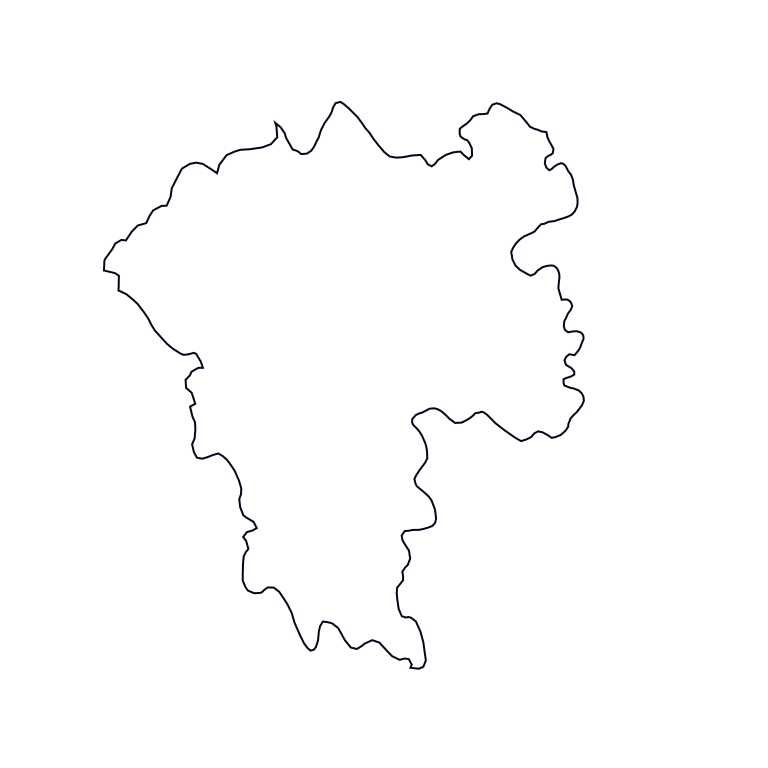 Horki, Mogilev, Belarus (Equal Earth projection), rotated 254°
{"feature_id": "67162791B10713618148259", "entity_name": "Horki", "entity_type": "district", "adm_level": 2, "iso_a3": "BLR", "parent_name": "Belarus", "parent_adm1": "Mogilev", "projection": "equal_earth", "projection_center": [30.973, 54.207], "detail": "fine", "context": "isolated", "style": "outline", "palette": "ink", "viewbox_px": 768, "rotation_deg": 254, "n_neighbors": 0, "source": "geoboundaries", "source_scale": "gbopen_adm2", "svg_char_len": 5254}
<svg xmlns="http://www.w3.org/2000/svg" viewBox="0 0 768 768"><g transform="rotate(254 384 384)"><path d="M665.0,351.5L661.1,351.6L650.6,349.4L645.7,341.4L645.0,332.0L646.8,319.0L648.7,310.6L648.6,304.8L647.4,295.8L640.0,286.0L632.6,281.6L637.5,277.6L645.5,270.5L648.5,264.7L649.1,258.0L646.7,249.1L639.3,242.0L630.7,234.0L622.7,230.4L615.3,224.2L616.5,219.3L614.6,210.0L610.3,205.1L604.2,199.8L604.2,190.9L599.9,183.4L593.1,175.4L594.9,171.4L593.1,164.3L588.8,160.3L580.8,150.1L579.5,149.2L570.3,146.1L564.8,155.9L561.2,159.0L549.5,155.4L547.1,154.5L545.8,156.1L541.3,161.1L534.4,165.9L528.9,169.2L519.0,173.1L511.9,175.4L504.5,176.8L498.6,178.5L492.3,181.6L482.5,186.4L476.2,190.7L469.1,197.0L467.2,199.5L466.4,204.6L466.4,209.7L464.8,211.7L456.2,214.0L449.5,214.4L450.7,210.0L448.9,202.4L445.8,199.8L442.7,194.4L434.8,192.7L428.6,196.7L418.8,197.1L417.0,197.1L415.7,191.3L405.3,190.9L399.2,191.8L391.8,190.0L383.8,186.9L378.9,182.9L370.9,182.5L364.8,183.8L362.3,188.7L362.3,193.6L362.9,200.2L362.9,205.5L359.2,209.1L354.3,212.2L347.0,214.9L341.4,216.6L331.0,218.0L323.0,218.0L317.5,216.2L313.2,213.1L305.2,211.8L296.6,212.6L293.5,214.9L287.4,220.6L280.6,222.0L279.4,217.1L279.4,211.3L275.7,206.4L271.4,208.2L262.9,208.2L262.3,207.4L260.4,204.7L256.7,201.5L250.0,198.9L241.4,196.2L234.0,194.0L226.7,194.9L223.0,196.2L218.7,201.5L217.4,206.9L217.4,209.1L219.3,212.6L220.5,216.2L218.6,222.0L213.1,226.0L205.1,228.6L199.0,230.4L189.1,232.2L179.3,232.2L165.8,234.0L156.6,235.7L151.7,237.5L148.0,239.8L147.9,243.3L149.8,246.0L155.9,250.0L163.9,253.1L168.8,255.8L172.5,259.8L170.6,264.2L168.2,268.2L162.0,272.7L148.5,275.8L139.9,279.4L136.8,284.7L138.0,289.6L139.8,294.1L141.0,302.1L136.7,308.3L126.9,313.2L120.1,316.8L114.5,323.1L114.5,328.0L112.7,332.0L106.5,333.3L103.9,331.2L100.7,339.0L101.3,343.8L106.6,348.0L118.5,349.7L124.7,350.6L136.0,350.8L146.9,349.2L151.8,345.7L153.3,343.2L153.5,340.6L155.9,337.1L163.8,336.1L172.5,337.3L179.3,338.5L184.5,340.4L188.1,345.5L190.0,348.1L193.2,349.2L198.5,349.9L201.5,353.4L203.6,357.0L208.9,361.0L216.8,362.1L224.5,359.8L228.8,358.7L233.5,359.2L236.9,363.5L236.0,367.8L236.0,370.8L234.1,377.5L233.8,382.6L233.8,387.2L234.3,391.3L236.2,394.7L240.2,397.0L248.5,398.3L251.1,398.3L259.0,397.6L263.3,396.1L267.5,393.6L270.5,391.6L273.7,389.4L276.7,387.4L279.9,386.8L284.4,387.1L287.6,390.0L291.6,394.7L294.4,398.4L297.0,401.8L300.6,405.1L307.0,406.7L312.5,407.4L316.2,407.3L323.6,406.3L328.1,405.1L332.0,403.4L336.4,400.9L339.0,400.4L342.4,401.4L345.4,406.0L346.0,409.8L346.0,412.9L346.9,417.2L347.7,421.0L346.7,425.9L345.0,428.6L342.2,431.5L337.5,434.6L332.4,437.4L327.0,441.5L325.5,448.0L326.4,452.9L327.6,457.4L329.1,460.8L330.8,463.8L330.2,468.0L330.4,470.3L329.1,472.2L325.7,474.8L320.6,477.6L315.5,480.4L306.3,487.1L296.2,495.3L291.3,500.1L291.5,506.0L292.4,510.7L295.1,514.9L296.0,519.0L294.0,522.9L289.6,527.4L286.1,530.2L285.7,534.0L286.3,539.9L288.2,543.8L289.7,546.5L290.5,547.3L292.1,549.2L294.9,550.3L299.6,554.0L301.7,557.4L303.8,561.5L308.9,568.4L312.8,571.5L316.4,572.2L320.1,571.7L324.1,569.5L327.5,565.0L328.6,562.6L332.7,557.1L335.2,556.8L339.1,557.9L339.5,560.4L339.7,565.9L340.6,569.5L343.8,570.3L347.8,568.4L352.1,564.3L357.0,564.0L360.0,566.7L361.5,570.4L359.2,575.1L362.6,580.2L365.2,582.8L369.4,585.8L372.4,588.3L375.4,588.9L377.3,588.6L379.7,587.0L381.6,583.8L382.5,580.0L382.9,575.3L386.1,572.8L390.2,572.8L394.9,574.8L397.4,577.3L400.6,579.8L403.8,583.9L406.8,586.4L410.0,586.3L412.8,585.3L414.7,583.3L415.2,582.0L416.0,578.0L422.4,578.0L427.8,578.0L431.8,579.4L438.0,582.0L441.5,582.8L444.2,582.8L447.5,582.2L450.9,579.8L451.9,577.3L452.6,573.3L452.6,568.6L450.7,562.9L448.3,559.2L447.7,554.8L450.0,552.3L453.4,549.0L456.2,546.2L461.5,543.1L468.2,541.8L475.9,542.7L479.7,546.0L482.7,549.6L485.3,553.9L487.2,558.9L487.8,563.2L488.5,567.9L489.1,570.8L492.1,575.3L494.3,579.2L493.8,582.0L494.5,587.0L493.6,593.2L493.9,598.3L493.9,602.9L494.3,607.9L495.1,611.2L497.1,614.6L500.9,618.2L504.1,619.8L509.3,621.2L516.8,621.2L522.5,621.2L528.5,621.9L533.9,621.4L537.7,619.8L543.7,618.6L546.3,617.0L547.5,614.8L547.1,611.0L546.0,607.4L544.5,604.6L543.9,601.8L547.3,599.7L551.8,599.4L556.7,601.6L558.0,604.8L558.2,607.0L559.3,609.8L563.1,611.7L566.8,611.0L571.5,609.8L576.0,609.1L581.4,609.6L583.3,605.1L586.1,601.8L587.8,598.9L591.0,595.3L596.6,593.0L600.3,591.3L605.0,589.2L607.5,586.4L610.5,583.0L614.4,579.5L617.6,576.3L621.0,572.7L622.8,569.6L622.6,565.0L619.4,561.3L615.5,558.1L616.0,554.2L617.2,549.5L616.8,543.4L613.6,539.4L611.5,535.3L610.4,531.9L608.5,527.2L603.8,525.7L600.6,525.8L596.8,529.0L595.5,531.2L592.3,532.4L586.5,533.4L579.2,531.6L576.7,527.6L582.2,523.8L586.3,521.6L586.9,518.7L587.6,514.2L587.2,506.8L585.9,502.2L584.4,497.6L581.4,493.5L580.1,489.8L583.2,486.6L587.8,485.4L594.1,482.4L596.0,473.6L596.5,467.4L597.1,463.0L598.4,457.7L601.2,452.1L607.0,448.1L615.4,444.3L622.4,441.5L629.9,439.1L635.3,436.5L640.2,435.0L648.1,432.0L653.5,429.0L658.7,426.1L661.0,424.6L664.2,422.5L667.2,419.8L667.3,414.8L663.8,411.3L659.4,408.3L655.9,404.8L651.4,399.0L645.2,393.2L639.0,389.2L635.6,385.9L631.2,382.0L628.2,378.2L626.7,373.5L627.8,367.8L630.7,365.9L632.5,364.0L634.6,360.8L647.7,357.7L652.2,357.7L659.1,355.5L665.0,351.5Z" fill="none" stroke="#020617" stroke-width="2"/></g></svg>